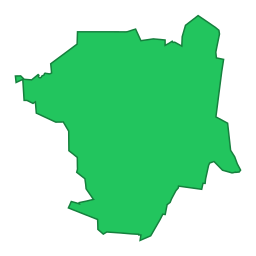 Fronteras, Sonora, Mexico
{"feature_id": "50627088B83041201608583", "entity_name": "Fronteras", "entity_type": "district", "adm_level": 2, "iso_a3": "MEX", "parent_name": "Mexico", "parent_adm1": "Sonora", "projection": "mercator", "projection_center": [-109.743, 30.828], "detail": "fine", "context": "isolated", "style": "filled", "palette": "green", "viewbox_px": 256, "rotation_deg": 0, "n_neighbors": 0, "source": "geoboundaries", "source_scale": "gbopen_adm2", "svg_char_len": 2028}
<svg xmlns="http://www.w3.org/2000/svg" viewBox="0 0 256 256"><path d="M239.2,172.0L239.7,171.3L240.6,170.1L237.3,163.9L234.7,156.8L230.6,150.3L227.6,123.2L215.9,116.9L221.8,71.0L221.9,70.5L223.6,59.4L216.4,57.9L215.8,52.2L216.9,46.6L219.5,34.0L218.9,30.3L215.4,27.4L198.1,15.6L185.5,25.3L182.2,36.7L181.8,46.1L175.1,42.4L174.3,42.2L173.1,42.5L172.2,41.2L169.0,43.3L165.1,45.4L165.1,40.0L160.2,39.5L158.9,39.4L153.3,38.9L140.9,40.7L135.6,29.1L133.2,29.8L127.8,31.6L126.1,31.9L111.9,31.8L110.1,31.8L102.0,31.8L77.5,31.8L77.1,44.1L69.9,49.5L52.0,62.8L50.7,63.8L50.8,64.5L51.6,72.9L50.5,73.6L49.4,73.9L48.6,73.8L47.6,73.6L46.7,73.5L46.0,73.4L45.4,73.2L45.1,73.2L44.7,73.4L44.5,73.6L44.3,74.1L44.3,74.4L44.2,74.6L44.0,74.8L43.8,75.1L43.4,75.3L43.0,75.5L42.7,75.6L42.4,75.7L42.2,75.8L41.8,76.1L41.7,76.4L41.5,76.7L41.4,76.9L41.3,77.1L41.1,77.4L40.9,77.6L40.6,77.7L40.1,77.8L39.6,77.8L39.2,77.6L38.8,77.2L38.7,77.0L38.7,76.9L38.6,76.7L38.4,76.6L38.3,76.3L38.3,76.1L38.4,75.8L38.6,75.7L38.8,75.6L38.9,75.3L38.7,75.1L38.3,75.0L38.3,74.8L38.4,74.6L38.5,74.4L38.6,74.2L31.6,79.9L24.2,79.3L20.7,75.9L15.4,76.0L15.8,79.7L16.1,82.5L22.8,79.4L24.1,100.4L26.1,100.4L26.6,100.4L27.1,100.5L28.2,101.0L33.0,103.4L35.4,101.9L36.3,113.1L55.7,122.1L63.3,122.0L68.7,131.2L68.9,150.7L77.3,157.4L77.4,165.9L77.5,169.1L76.7,172.3L80.8,175.5L84.4,178.3L84.9,178.7L85.7,184.5L86.1,188.8L93.4,199.3L93.5,199.4L86.4,201.1L79.2,202.6L79.5,203.9L76.0,202.8L71.3,201.5L70.5,203.2L70.0,204.5L69.1,206.3L68.4,207.9L72.8,209.7L97.6,219.5L97.8,224.4L97.9,228.8L97.9,229.4L103.3,234.1L106.8,232.0L119.8,232.9L131.7,233.9L137.1,234.2L137.9,234.2L138.7,234.3L138.7,234.9L140.9,235.0L140.1,240.4L150.7,235.8L151.3,234.8L160.0,219.7L162.8,214.2L165.2,214.5L167.1,204.7L170.1,202.4L171.5,199.0L172.0,198.0L175.9,190.7L178.3,187.9L178.5,186.1L201.7,189.3L203.0,183.3L205.1,183.4L205.6,178.9L208.6,165.3L209.7,163.0L214.0,161.5L222.5,170.2L232.0,172.9L233.8,172.6L235.4,172.1L235.7,172.4L237.3,172.2L239.2,172.0Z" fill="#22c55e" stroke="#15803d" stroke-width="1.5"/></svg>